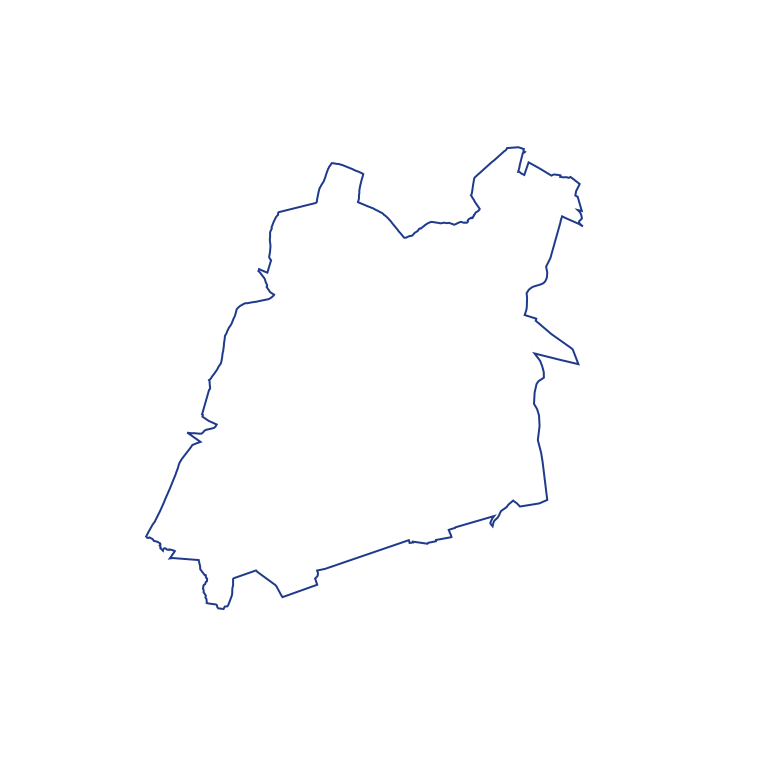 Motca, Iasi, Romania (Equal Earth projection), rotated 226°
{"feature_id": "2599482B18816841555206", "entity_name": "Motca", "entity_type": "district", "adm_level": 2, "iso_a3": "ROU", "parent_name": "Romania", "parent_adm1": "Iasi", "projection": "equal_earth", "projection_center": [26.629, 47.225], "detail": "fine", "context": "isolated", "style": "outline", "palette": "blue", "viewbox_px": 768, "rotation_deg": 226, "n_neighbors": 0, "source": "geoboundaries", "source_scale": "gbopen_adm2", "svg_char_len": 6166}
<svg xmlns="http://www.w3.org/2000/svg" viewBox="0 0 768 768"><g transform="rotate(226 384 384)"><path d="M325.2,538.9L335.9,533.1L338.2,537.6L340.1,540.1L346.5,546.7L350.3,549.7L351.2,553.7L351.0,556.2L350.4,558.9L346.8,565.8L345.8,568.7L345.8,571.1L346.9,574.1L347.5,575.2L350.8,578.9L355.8,582.1L358.9,591.0L377.7,623.2L378.9,624.8L380.9,628.6L376.7,630.1L363.8,635.4L359.2,636.5L363.5,636.2L365.0,636.7L365.5,637.5L365.6,641.4L368.1,643.0L369.7,643.8L371.9,644.3L374.6,644.2L371.1,646.5L384.2,653.4L385.4,652.9L386.7,652.6L389.3,656.2L391.9,663.7L403.4,662.0L403.9,660.1L405.9,659.0L408.5,656.2L410.6,654.6L411.4,655.9L412.6,655.1L416.0,652.4L416.9,651.4L417.6,649.2L431.2,645.6L443.0,642.0L436.9,630.1L440.5,628.9L442.3,628.8L443.0,628.4L443.4,627.9L445.9,632.1L447.2,633.8L453.7,644.3L453.0,645.8L453.0,646.6L454.5,646.0L455.0,646.3L455.9,647.8L461.0,645.1L468.2,636.4L468.0,636.1L467.7,634.9L467.6,633.8L467.9,632.3L468.4,618.5L468.7,616.2L468.9,611.0L469.1,604.7L469.3,599.0L469.4,597.8L469.5,593.1L469.5,592.4L469.2,591.7L468.5,590.7L465.1,586.1L461.2,581.1L460.1,579.5L459.3,578.1L459.3,577.6L458.2,577.5L456.7,577.0L454.2,576.6L451.5,575.8L443.5,574.5L443.2,574.1L443.1,572.8L443.0,572.0L443.6,569.2L443.6,568.7L443.1,567.4L443.0,566.7L443.1,566.4L443.0,565.9L442.8,565.8L442.7,565.1L442.3,564.7L442.4,564.1L441.9,563.2L441.9,562.9L442.0,562.7L442.3,562.7L442.5,562.2L443.1,562.2L443.2,561.7L443.4,560.5L443.6,560.0L443.7,559.0L443.3,557.7L443.1,557.7L442.7,557.4L442.4,556.7L442.4,556.2L442.6,555.4L442.8,555.2L443.2,555.0L443.6,554.4L444.0,554.3L444.2,553.8L444.7,553.3L446.9,552.2L447.5,551.5L448.2,549.6L448.6,548.9L448.7,548.3L449.0,547.2L449.7,545.3L450.3,544.9L451.7,544.3L454.9,542.6L455.4,541.8L456.2,540.8L458.3,539.3L459.6,537.2L460.5,536.1L462.2,535.0L464.2,533.4L466.0,532.1L467.9,530.5L468.2,529.6L468.7,528.7L469.5,525.8L469.7,524.5L469.9,523.5L469.8,522.5L470.0,521.6L470.2,519.1L470.4,518.2L470.9,518.0L471.1,517.2L471.2,516.5L470.7,515.2L470.9,513.4L471.4,510.9L471.1,507.7L471.4,506.8L472.9,504.7L473.9,501.6L474.4,500.9L475.3,500.1L481.2,500.6L482.5,500.6L484.3,500.7L485.8,501.0L486.8,501.0L489.7,501.3L492.9,501.5L496.3,501.9L497.3,502.0L498.4,501.9L500.3,502.1L503.8,501.9L505.9,501.5L507.0,501.6L508.0,501.4L508.7,501.3L510.0,500.7L512.2,500.1L515.4,498.9L517.9,498.2L524.1,495.3L527.1,494.1L530.0,492.8L532.9,491.6L534.5,494.4L535.8,495.8L537.1,497.0L538.3,498.7L540.1,500.4L542.2,503.2L543.5,505.1L546.9,510.6L547.2,511.3L549.4,514.9L550.6,514.6L554.4,513.2L556.5,512.1L559.3,510.9L560.0,510.8L570.5,506.1L571.6,505.5L572.0,505.1L573.5,504.5L574.9,503.1L578.0,500.9L579.2,499.8L578.6,497.3L578.4,496.1L578.4,495.6L577.8,494.3L577.6,493.3L574.5,487.0L573.6,485.6L571.5,481.1L570.8,477.8L569.4,473.3L567.8,470.7L563.4,464.3L561.6,462.0L561.6,460.7L580.8,427.5L580.3,426.3L579.9,426.0L579.2,425.2L579.3,424.2L579.0,421.9L577.2,417.1L574.8,411.9L574.0,411.5L573.4,410.5L573.0,409.1L572.3,407.5L569.0,404.3L567.2,402.2L565.6,400.8L564.1,399.8L561.8,397.9L557.9,393.4L555.4,389.9L554.8,389.4L554.1,389.1L552.2,388.8L551.5,388.8L545.1,377.4L553.4,373.9L552.4,372.1L551.4,372.3L543.2,371.4L542.2,371.1L539.7,369.8L536.2,368.5L535.6,368.0L535.4,367.0L533.6,366.7L529.1,365.9L524.5,367.0L524.4,366.7L524.3,364.9L524.5,362.8L524.8,361.2L525.1,360.2L525.6,359.3L530.0,352.4L531.6,349.7L534.6,345.6L537.0,341.8L538.0,340.9L538.3,340.5L539.2,338.5L539.4,337.0L539.9,335.6L540.2,334.2L540.2,330.8L540.0,329.8L537.6,325.9L536.4,323.7L535.4,320.9L533.2,316.1L532.5,313.3L532.3,311.8L530.9,307.9L530.2,306.6L529.6,305.0L529.1,303.0L527.0,300.6L524.3,297.0L522.7,295.3L519.1,290.8L518.8,290.0L515.5,285.9L513.5,283.2L512.1,280.8L511.2,276.4L510.4,274.4L509.3,269.0L508.9,266.0L508.5,264.1L508.2,263.3L508.2,261.9L508.4,260.8L507.1,260.4L504.1,257.8L502.6,256.8L501.7,255.9L501.3,255.2L501.3,254.1L489.5,233.7L488.7,232.1L487.6,232.3L486.6,230.7L479.1,232.3L471.1,235.5L470.4,233.0L470.5,231.4L471.6,229.2L474.3,224.8L475.1,222.7L475.1,222.1L474.9,220.4L475.0,218.8L475.1,218.2L476.0,217.2L479.0,214.5L480.4,213.4L482.1,211.5L484.5,209.5L485.8,208.7L469.8,211.8L472.0,206.9L473.1,204.1L473.2,203.3L472.7,201.4L470.5,186.4L469.4,182.4L468.8,180.9L466.7,177.3L464.4,172.5L463.9,171.7L457.0,156.1L453.6,147.7L451.2,142.3L448.1,134.5L444.7,124.8L444.3,124.0L443.6,120.0L441.3,112.2L439.5,106.9L437.8,106.9L436.8,107.7L436.5,108.8L434.7,109.3L433.4,109.8L430.8,109.5L429.2,110.7L427.4,111.5L425.2,112.2L424.1,112.0L423.6,111.4L423.8,110.7L423.7,110.4L421.7,110.0L421.4,109.1L417.6,109.2L418.3,110.2L418.6,111.2L418.3,112.0L417.6,112.6L416.4,112.8L415.9,112.7L415.5,112.9L415.0,113.4L414.8,113.8L413.9,114.2L413.9,114.8L413.0,115.5L410.0,117.2L409.1,117.5L408.6,115.5L408.2,113.1L407.8,111.4L407.3,108.8L405.7,111.0L386.1,128.4L385.4,127.9L384.7,127.7L383.9,127.0L380.8,125.2L378.3,123.1L371.1,122.3L370.4,123.0L369.5,122.4L369.1,121.8L368.2,121.5L366.9,121.6L365.1,119.6L365.4,118.3L364.3,116.3L364.6,114.9L364.2,113.6L363.3,112.9L362.7,111.7L360.8,111.0L359.6,109.6L355.8,108.9L355.3,108.7L354.6,107.4L354.2,107.1L352.6,106.9L350.5,105.2L349.7,104.3L348.3,105.1L342.1,110.0L340.8,110.1L339.1,109.0L337.7,109.0L333.6,112.3L334.5,114.8L332.9,116.9L333.3,118.7L337.4,127.4L338.6,129.1L342.2,132.8L344.1,135.7L348.4,139.8L348.7,140.6L348.5,141.3L338.8,162.4L336.7,162.4L315.4,166.1L314.4,166.2L312.9,166.0L303.6,163.4L301.2,162.9L286.0,196.5L291.9,199.3L291.9,201.7L292.3,203.3L293.9,205.2L296.3,206.3L292.1,212.9L254.4,293.4L251.9,292.0L249.8,294.8L250.5,295.3L238.9,304.3L239.1,305.4L234.8,312.1L235.7,313.0L227.0,326.1L228.6,327.1L230.7,327.8L234.1,329.2L231.1,335.3L231.3,335.8L212.5,371.5L212.2,369.3L211.3,366.4L210.5,364.6L210.1,363.8L209.0,363.5L206.2,363.3L208.4,366.6L208.9,368.1L209.0,369.7L208.9,372.8L209.7,375.9L210.4,377.2L211.3,379.9L210.3,386.5L210.8,389.9L210.4,395.9L205.8,396.7L201.4,396.7L190.2,412.8L187.2,420.9L217.7,443.9L225.3,449.2L236.8,455.7L245.7,466.7L253.6,473.6L259.6,476.7L265.5,478.1L273.3,486.5L278.0,493.7L278.7,497.0L277.5,503.4L281.6,507.2L286.8,510.1L292.2,512.4L301.4,513.5L280.1,526.8L263.2,537.6L277.8,543.8L280.9,543.4L303.5,539.1L324.1,537.1L325.2,538.9Z" fill="none" stroke="#1e3a8a" stroke-width="2"/></g></svg>